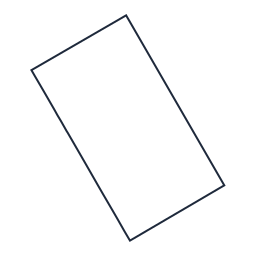 Sedgwick, Colorado, United States of America (Mercator projection), rotated 240°
{"feature_id": "52423323B40311504690306", "entity_name": "Sedgwick", "entity_type": "district", "adm_level": 2, "iso_a3": "USA", "parent_name": "United States of America", "parent_adm1": "Colorado", "projection": "mercator", "projection_center": [-102.342, 40.876], "detail": "fine", "context": "isolated", "style": "outline", "palette": "slate", "viewbox_px": 256, "rotation_deg": 240, "n_neighbors": 0, "source": "geoboundaries", "source_scale": "gbopen_adm2", "svg_char_len": 434}
<svg xmlns="http://www.w3.org/2000/svg" viewBox="0 0 256 256"><g transform="rotate(240 128 128)"><path d="M226.5,182.7L226.4,73.3L220.1,73.3L202.4,73.4L180.7,73.4L174.8,73.3L173.8,73.3L167.4,73.4L155.7,73.3L154.3,73.4L148.0,73.4L147.6,73.4L124.2,73.4L119.1,73.4L89.8,73.3L89.4,73.3L83.7,73.3L61.2,73.4L58.1,73.4L55.0,73.4L54.0,73.4L40.1,73.3L29.5,73.4L30.2,182.7L226.5,182.7Z" fill="none" stroke="#1e293b" stroke-width="2"/></g></svg>